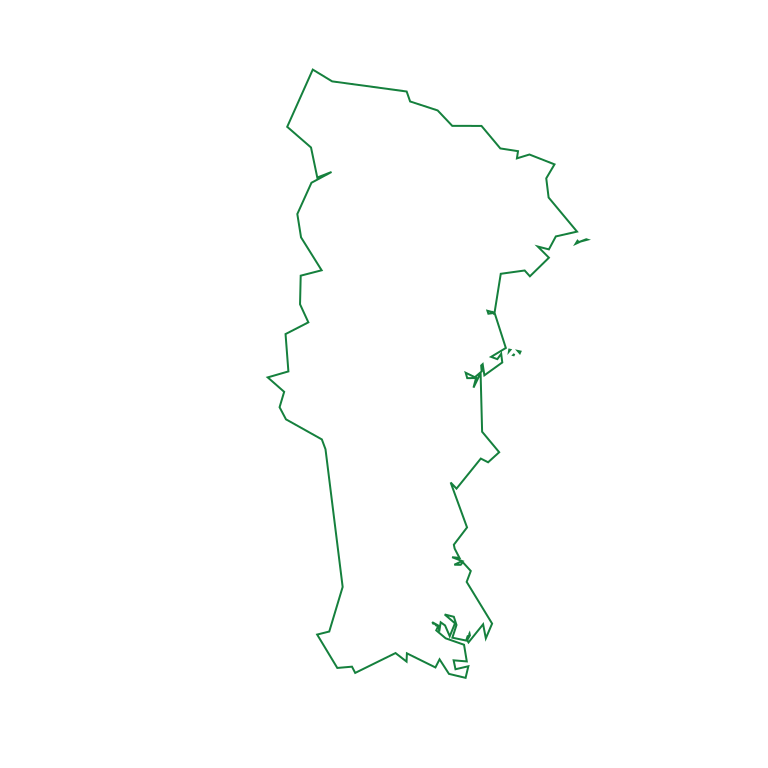 outline of Mariato, Veraguas, Panama, rotated 207°
{"feature_id": "35544464B44926155348372", "entity_name": "Mariato", "entity_type": "district", "adm_level": 2, "iso_a3": "PAN", "parent_name": "Panama", "parent_adm1": "Veraguas", "projection": "mercator", "projection_center": [-80.871, 7.491], "detail": "medium", "context": "isolated", "style": "outline", "palette": "green", "viewbox_px": 768, "rotation_deg": 207, "n_neighbors": 0, "source": "geoboundaries", "source_scale": "gbopen_adm2", "svg_char_len": 1947}
<svg xmlns="http://www.w3.org/2000/svg" viewBox="0 0 768 768"><g transform="rotate(207 384 384)"><path d="M296.7,109.8L284.2,117.6L278.5,113.5L251.6,149.5L237.9,146.9L241.3,154.4L209.5,154.8L209.5,163.9L194.5,155.2L177.9,159.2L180.7,170.8L190.8,162.3L196.5,169.4L184.3,174.4L194.3,188.0L213.6,185.4L225.6,188.2L225.8,193.1L227.8,192.5L230.0,193.4L231.3,192.8L232.9,193.7L225.5,193.4L222.4,188.5L225.3,197.4L220.0,196.6L210.9,189.1L212.1,203.0L225.3,206.2L216.1,208.3L210.0,202.2L207.9,189.0L194.3,192.7L195.0,197.2L193.8,199.1L194.5,200.1L194.6,200.3L194.6,200.6L193.3,199.0L193.6,193.6L191.4,192.1L186.6,214.9L177.8,203.6L178.9,219.6L220.5,245.2L221.8,256.8L232.9,261.0L233.6,257.7L239.3,254.9L234.0,261.7L244.7,260.6L237.8,263.3L246.3,269.4L248.8,272.5L244.9,293.9L279.9,326.5L271.9,323.7L263.9,361.5L255.7,361.5L250.4,375.5L274.9,386.0L302.9,437.6L302.6,421.4L304.7,431.1L312.5,427.0L316.3,431.1L306.1,431.3L302.7,439.5L305.8,444.6L305.1,446.5L298.5,437.3L288.4,456.9L293.3,464.1L294.3,457.6L300.9,456.8L291.8,471.4L317.6,497.4L318.0,496.5L319.6,497.2L319.7,496.2L322.9,494.0L325.1,496.2L317.9,497.8L330.0,535.2L310.2,549.0L302.9,546.2L294.4,571.4L309.4,576.3L298.2,578.8L297.9,593.5L281.2,607.4L322.0,624.9L332.8,640.9L331.8,657.1L358.6,654.5L368.0,645.4L370.3,652.3L387.3,646.7L414.3,658.2L440.4,645.0L460.4,652.1L489.0,647.6L496.6,654.9L567.6,630.1L590.2,631.8L587.0,569.2L556.4,561.6L537.2,537.7L527.0,549.1L540.0,530.4L538.4,496.1L524.5,477.0L491.2,457.0L507.4,442.7L495.0,416.9L479.4,404.6L494.4,383.8L474.9,351.8L490.6,337.1L469.4,331.7L466.5,315.9L455.3,308.0L414.2,306.4L406.5,299.3L328.7,184.4L320.4,138.6L329.8,130.4L296.7,109.8ZM269.5,604.8L274.4,599.4L268.2,605.0L269.5,604.8ZM288.0,471.5L287.4,469.6L286.9,471.8L288.0,471.5ZM276.6,599.5L276.9,595.9L274.6,598.8L276.6,599.5ZM279.8,474.2L277.0,473.1L277.1,474.9L279.8,474.2ZM281.5,470.0L282.0,468.4L281.5,468.5L281.5,470.0Z" fill="none" stroke="#15803d" stroke-width="2"/></g></svg>